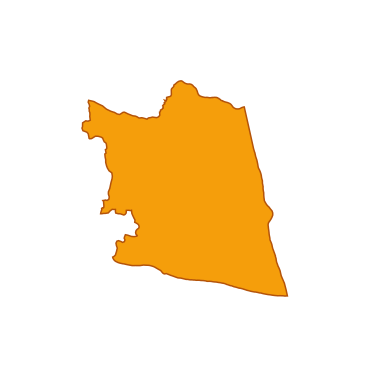 outline of Viengphoukha, Louang Namtha, Laos, rotated 123°
{"feature_id": "54806243B46667129508347", "entity_name": "Viengphoukha", "entity_type": "district", "adm_level": 2, "iso_a3": "LAO", "parent_name": "Laos", "parent_adm1": "Louang Namtha", "projection": "robinson", "projection_center": [101.061, 20.668], "detail": "fine", "context": "isolated", "style": "filled", "palette": "amber", "viewbox_px": 384, "rotation_deg": 123, "n_neighbors": 0, "source": "geoboundaries", "source_scale": "gbopen_adm2", "svg_char_len": 6003}
<svg xmlns="http://www.w3.org/2000/svg" viewBox="0 0 384 384"><g transform="rotate(123 192 192)"><path d="M171.4,328.6L173.2,328.0L174.6,325.8L175.9,324.5L177.8,324.2L178.7,323.2L180.3,322.1L180.9,321.1L182.3,320.0L184.4,318.8L187.2,316.4L189.2,317.7L190.2,319.9L193.6,321.4L195.7,320.1L197.1,319.3L198.3,319.1L200.0,316.9L199.1,312.8L199.6,310.9L201.8,308.7L203.1,307.5L203.1,306.8L201.9,305.3L197.8,303.4L196.4,301.1L195.5,298.3L195.4,296.4L196.6,294.7L197.7,292.9L197.7,291.3L198.2,290.2L199.3,289.2L200.1,288.5L201.7,287.3L202.7,287.2L203.6,287.7L204.6,286.8L206.2,285.3L207.6,285.8L210.0,283.9L211.9,282.0L214.2,280.5L216.7,277.8L218.1,275.8L219.4,273.1L219.6,269.7L222.0,267.5L224.3,266.3L228.4,265.0L233.8,262.9L237.4,262.2L239.3,261.0L241.2,258.7L243.4,257.8L245.3,258.6L246.0,260.4L246.7,260.9L247.7,262.1L248.2,260.9L249.4,260.1L251.1,258.7L252.7,257.7L253.5,257.6L254.1,258.6L255.1,258.8L255.8,258.1L256.7,257.9L258.8,257.3L260.0,256.8L259.2,255.6L258.4,254.9L257.2,253.1L255.1,250.8L252.5,250.4L250.0,249.5L249.2,248.0L248.3,246.7L250.2,245.5L251.2,244.5L250.4,242.0L249.4,240.4L248.4,236.6L247.2,235.9L245.4,235.8L243.2,237.1L241.7,235.0L241.2,233.6L240.3,232.8L242.7,230.8L243.8,229.2L245.6,226.3L246.5,224.6L248.6,223.5L248.4,221.9L248.4,220.0L248.7,218.8L250.0,217.3L251.5,217.0L253.0,217.6L254.7,217.9L256.6,217.3L257.8,216.2L258.3,214.3L259.1,214.2L259.8,215.0L260.9,216.1L262.3,218.7L263.2,222.4L264.1,224.6L266.6,224.1L267.7,223.7L268.7,222.1L270.5,221.7L272.1,222.8L272.2,224.7L272.8,227.1L274.1,228.2L276.3,227.9L278.2,226.1L279.7,224.1L281.5,223.5L283.1,222.9L284.9,222.4L286.5,221.9L288.4,222.3L289.8,223.1L290.6,222.2L291.4,220.6L291.8,218.7L291.7,217.6L291.4,215.4L290.9,213.7L290.5,212.6L289.9,211.0L289.3,209.8L288.8,208.3L288.3,207.0L287.5,205.0L286.9,203.6L286.4,202.3L285.4,200.7L284.5,199.4L282.0,195.5L279.7,192.9L278.2,190.3L276.9,188.1L276.2,186.2L275.5,183.7L275.3,182.4L275.1,178.0L274.9,175.4L275.3,174.3L275.9,172.3L275.9,171.2L275.6,170.3L274.4,169.1L273.8,166.1L273.5,164.5L273.4,164.0L273.3,163.9L271.9,157.9L271.7,157.1L271.4,156.5L270.3,154.5L268.5,149.4L268.3,149.1L267.6,147.9L267.0,146.4L266.7,145.8L265.9,144.5L265.7,144.2L264.8,142.4L264.4,141.9L263.7,140.3L262.9,139.2L262.0,137.7L261.4,136.4L260.2,134.4L259.1,132.1L258.7,130.7L258.2,129.9L257.3,128.6L256.5,127.1L255.8,125.4L255.2,124.2L254.3,122.6L253.5,120.6L252.7,119.0L251.9,116.9L251.5,116.1L250.9,114.3L250.6,112.4L250.2,111.3L249.7,109.0L249.1,107.7L248.6,105.2L247.9,103.4L247.3,101.3L246.9,99.9L246.6,99.6L245.7,97.0L245.3,95.5L244.8,93.7L244.5,92.4L243.8,90.5L243.1,88.3L241.8,85.1L241.2,84.1L240.4,82.0L239.8,80.3L239.1,79.0L238.8,77.8L238.2,76.2L237.5,74.5L236.9,73.0L236.3,71.7L235.7,70.6L235.3,69.6L234.7,68.3L234.2,67.2L233.8,66.4L233.5,65.8L233.0,64.9L232.5,63.9L232.2,63.4L231.7,62.7L230.7,61.2L230.2,60.3L229.5,59.2L228.6,57.3L228.1,56.7L227.2,55.4L223.0,59.6L218.6,64.4L218.1,64.9L217.5,65.9L216.6,67.2L215.8,68.4L214.8,69.9L213.7,71.5L212.5,72.8L211.0,74.3L210.2,75.1L209.2,76.5L208.7,77.2L208.1,78.1L207.3,79.5L206.0,81.1L204.8,82.8L203.2,84.3L201.9,85.4L200.7,86.9L200.0,87.4L199.3,88.4L198.4,89.5L197.7,90.5L196.6,91.9L195.7,93.2L194.6,94.4L192.6,96.4L191.7,97.5L190.9,98.7L189.6,100.6L188.5,101.4L187.7,102.1L186.6,103.2L185.4,104.3L184.1,105.3L182.3,106.8L180.6,108.3L179.8,108.9L178.4,110.1L177.3,110.7L176.0,111.1L173.9,111.0L171.5,111.0L169.7,111.2L167.4,111.7L165.6,112.9L164.3,114.5L163.5,117.1L162.7,119.2L162.4,121.1L161.8,122.9L160.7,125.1L159.9,126.6L159.1,127.2L157.5,128.6L156.6,129.3L155.7,130.0L153.5,131.5L152.6,132.4L151.5,133.4L150.1,134.5L148.9,135.2L147.1,136.9L146.3,137.7L145.1,138.5L144.2,139.1L143.1,140.4L141.7,141.8L140.6,142.7L139.5,143.8L138.0,145.6L136.8,147.4L135.7,149.3L134.6,150.5L132.7,152.2L131.1,153.8L130.0,154.9L129.1,156.0L127.6,157.9L124.9,160.6L124.1,161.7L122.2,163.9L106.6,179.8L94.2,192.5L92.2,194.5L92.7,195.1L94.2,196.3L96.2,197.4L97.3,198.6L98.4,200.6L98.6,202.6L98.5,203.7L97.6,206.1L97.3,207.1L97.2,208.5L97.6,210.8L98.4,213.2L99.0,215.6L98.8,215.8L98.9,216.3L99.1,216.7L99.3,217.4L99.3,217.8L99.1,218.3L99.0,218.8L99.1,219.2L99.1,219.7L98.9,220.4L99.2,220.9L99.0,221.7L99.1,222.2L99.3,222.5L99.4,223.0L99.5,223.4L99.8,223.7L100.1,224.3L100.4,224.8L100.8,225.3L101.2,225.7L101.6,226.1L101.6,226.5L102.5,227.4L103.3,228.4L104.4,230.9L105.6,232.6L106.5,235.0L106.9,236.6L107.1,238.0L107.0,238.9L106.6,239.9L106.1,240.8L105.0,242.1L104.6,242.5L104.0,243.5L103.2,244.7L102.9,245.7L102.8,246.6L102.6,248.3L102.2,249.3L102.1,250.5L102.2,251.6L102.8,253.0L103.8,254.4L104.3,255.8L104.6,257.5L104.5,259.2L104.4,260.7L104.7,261.7L106.1,263.2L107.9,264.1L109.7,264.6L110.7,264.8L111.7,265.4L112.4,265.3L113.4,264.8L114.4,264.9L115.5,265.2L116.8,265.3L117.6,265.0L120.7,262.9L121.8,262.2L123.2,262.1L123.8,262.4L126.2,264.6L126.5,264.8L126.7,264.7L127.0,264.3L127.1,264.2L127.5,264.2L127.7,263.9L127.9,263.6L128.3,263.6L129.1,263.4L129.0,263.6L129.0,263.8L129.3,263.9L129.7,264.1L129.9,264.3L130.0,264.8L130.2,264.4L130.3,264.1L130.5,263.9L130.8,263.7L131.0,263.5L131.3,263.5L131.6,263.7L132.0,263.6L132.3,263.8L132.4,263.6L132.6,263.1L133.0,262.9L133.3,263.2L133.7,263.3L134.1,263.2L134.4,263.4L135.0,263.5L135.7,263.5L135.7,263.2L135.9,262.9L136.3,262.6L136.6,262.3L137.2,262.3L137.5,261.9L138.1,262.2L138.6,262.1L139.2,262.3L140.0,262.8L140.5,263.0L140.9,262.8L141.4,262.5L142.0,262.4L142.7,262.7L142.9,262.4L143.3,262.2L143.7,262.0L144.1,261.5L144.5,261.3L144.9,261.0L145.4,260.8L146.2,260.9L146.9,261.0L147.8,261.3L148.9,262.2L149.5,263.4L150.7,266.0L152.0,267.1L152.7,267.9L153.7,268.9L155.4,269.4L155.7,270.6L156.7,273.7L157.2,274.8L158.0,275.7L158.6,276.4L158.9,277.4L158.8,278.5L159.1,280.5L159.4,281.3L160.0,282.4L160.4,283.4L160.7,284.9L161.4,288.4L161.7,291.1L161.9,292.2L162.7,293.2L164.0,293.8L165.6,294.5L166.4,294.9L167.3,297.1L167.5,300.5L167.8,301.4L168.5,304.1L169.1,308.7L169.0,309.9L168.5,313.9L169.1,318.1L169.4,320.9L169.5,323.2L169.9,324.6L171.4,328.6Z" fill="#f59e0b" stroke="#b45309" stroke-width="1.5"/></g></svg>